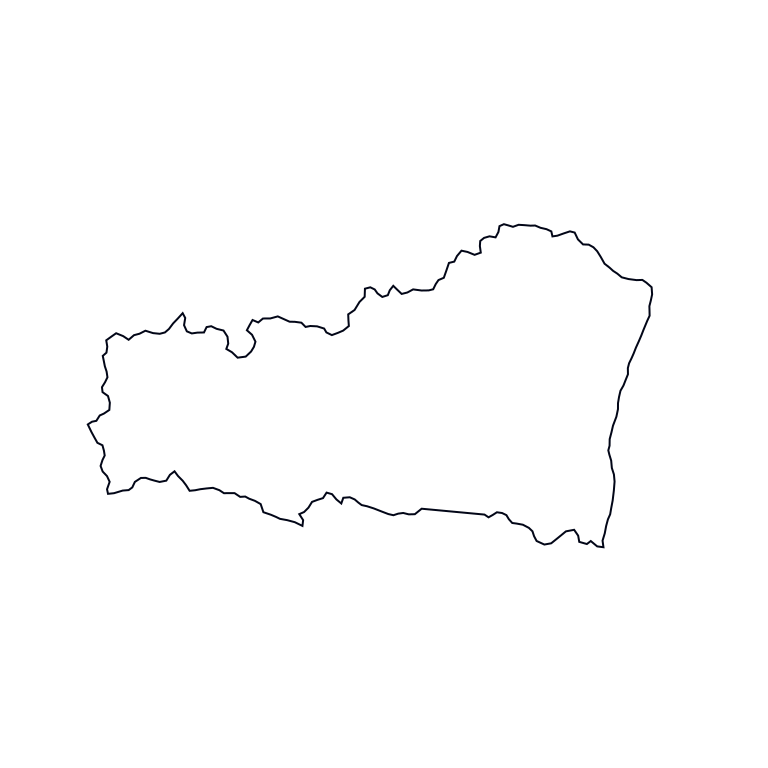 Itabirito, Minas Gerais, Brazil, rotated 206°
{"feature_id": "56859067B46575317431952", "entity_name": "Itabirito", "entity_type": "district", "adm_level": 2, "iso_a3": "BRA", "parent_name": "Brazil", "parent_adm1": "Minas Gerais", "projection": "orthographic", "projection_center": [-43.791, -20.255], "detail": "fine", "context": "isolated", "style": "outline", "palette": "ink", "viewbox_px": 768, "rotation_deg": 206, "n_neighbors": 0, "source": "geoboundaries", "source_scale": "gbopen_adm2", "svg_char_len": 3574}
<svg xmlns="http://www.w3.org/2000/svg" viewBox="0 0 768 768"><g transform="rotate(206 384 384)"><path d="M130.7,389.0L134.0,397.4L137.7,403.5L142.4,408.4L146.2,414.7L150.4,419.2L153.3,422.7L154.2,427.4L157.0,433.4L158.4,440.4L159.9,446.9L160.8,456.5L162.7,464.0L165.3,469.4L167.1,475.5L168.5,481.6L168.1,487.6L168.6,493.9L169.0,499.7L171.8,505.2L172.8,510.1L172.8,515.6L173.0,520.9L173.5,527.1L173.7,534.1L174.0,540.3L174.5,546.3L175.1,556.2L175.2,561.8L177.5,566.3L179.6,570.3L180.8,576.1L182.3,582.1L185.9,588.3L192.6,590.1L197.4,590.8L202.5,588.1L210.3,585.5L217.1,584.1L222.8,585.5L227.6,586.1L232.4,587.5L238.5,588.8L245.0,593.3L250.6,596.8L255.7,598.7L261.1,599.0L266.3,596.7L273.1,599.0L279.0,603.7L283.8,602.7L288.6,598.0L293.2,593.3L297.3,590.5L300.5,594.5L305.8,594.4L311.8,593.0L317.6,592.7L321.8,590.5L327.5,588.3L332.8,586.1L337.0,581.8L342.0,581.0L346.3,580.2L349.4,576.5L347.8,570.8L348.0,564.7L353.9,563.0L358.1,559.2L360.2,554.7L358.3,550.0L354.6,544.5L359.2,539.8L366.8,539.3L372.8,537.8L374.5,531.0L374.5,524.8L378.7,521.3L377.7,513.5L376.8,505.7L380.6,501.3L381.3,496.5L381.3,490.7L384.9,487.7L391.2,484.5L399.3,481.8L403.1,476.5L407.6,472.7L413.6,474.6L418.7,476.3L419.9,470.8L419.5,465.5L423.7,461.5L429.6,462.6L433.8,464.9L438.7,464.9L442.9,461.3L439.6,453.9L442.0,447.0L442.9,437.6L446.7,430.9L443.8,425.5L441.0,420.7L444.1,414.1L447.9,409.7L452.3,405.1L458.4,405.1L462.1,407.6L469.4,406.5L475.7,403.8L479.5,400.9L485.1,402.9L491.4,400.8L496.2,398.6L502.7,398.4L509.1,398.2L514.9,393.1L521.5,389.8L524.0,384.2L530.2,383.9L530.6,378.1L530.8,372.2L524.2,370.4L518.1,365.7L517.2,360.4L517.7,354.9L520.3,348.0L527.1,343.5L534.6,345.9L541.1,346.4L541.7,352.0L545.4,357.9L551.7,361.7L558.7,360.2L564.6,360.2L568.4,357.4L568.4,351.4L574.2,348.4L578.9,345.2L584.3,344.9L589.5,349.2L591.6,356.2L596.0,359.4L598.1,352.2L600.1,346.0L601.4,339.2L603.5,334.3L607.6,330.8L613.9,328.5L621.8,327.3L625.8,322.0L630.1,318.3L632.9,311.8L639.4,312.7L647.0,312.2L649.7,307.3L652.8,301.5L649.1,296.3L647.2,290.5L649.1,286.0L645.5,281.3L642.7,277.6L638.8,273.6L635.5,268.8L635.5,263.3L636.1,257.5L633.4,253.3L626.8,252.2L622.2,247.0L619.5,240.3L622.8,234.6L625.7,231.1L626.4,224.8L629.9,222.1L632.5,217.8L625.9,212.6L621.0,209.1L615.8,205.5L610.2,205.5L606.5,201.3L603.7,197.3L603.7,192.3L602.8,186.1L598.5,182.0L592.6,179.8L587.7,175.8L586.8,168.0L583.9,164.3L578.8,167.5L572.1,173.7L567.0,176.7L564.9,180.7L565.0,186.8L561.3,193.0L557.0,195.2L552.6,195.7L548.1,196.5L542.7,197.6L537.3,201.7L536.6,208.5L534.0,213.7L528.8,211.0L522.5,208.8L517.4,206.2L511.9,202.8L507.2,205.7L503.0,208.9L497.6,212.4L492.2,215.7L485.4,216.4L480.0,215.7L476.0,217.7L470.4,220.4L463.8,219.5L459.4,222.0L454.9,221.8L448.8,222.4L442.2,222.0L436.2,215.9L428.4,216.9L422.8,217.2L418.4,217.2L411.3,219.2L403.6,220.7L395.1,220.7L397.0,226.2L403.1,229.9L399.7,233.9L397.7,239.7L397.0,246.5L393.0,250.7L388.8,254.7L388.0,261.2L382.4,262.2L376.2,259.4L370.0,257.9L370.7,263.9L365.1,267.2L359.7,267.4L355.2,266.2L351.0,265.4L345.6,266.7L338.6,267.7L329.9,268.4L323.1,269.0L318.0,270.2L314.4,273.7L310.2,276.5L304.6,277.7L299.2,280.5L295.5,288.4L236.4,310.7L231.6,310.0L228.9,313.9L226.3,318.2L221.3,319.8L216.5,319.8L212.5,317.2L207.8,315.3L203.6,316.7L197.5,318.4L190.7,318.2L186.0,316.7L182.4,313.0L178.0,309.8L169.5,310.0L163.9,314.1L160.5,321.3L155.9,331.3L149.2,336.3L143.0,332.8L139.3,327.7L131.5,329.1L129.3,333.5L121.2,331.5L115.2,333.5L118.9,339.0L120.1,346.5L122.1,353.8L123.4,360.5L123.6,366.0L125.3,371.8L127.4,379.5L130.7,389.0Z" fill="none" stroke="#020617" stroke-width="2"/></g></svg>